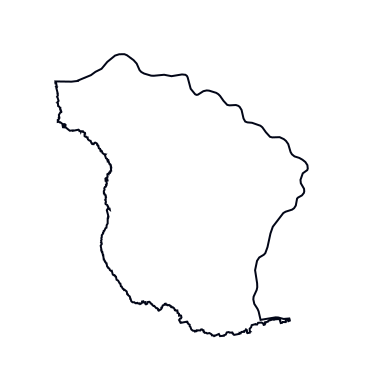 the district of Cabrera, María Trinidad Sánchez, Dominican Republic, rotated 169°
{"feature_id": "3306468B70752003572919", "entity_name": "Cabrera", "entity_type": "district", "adm_level": 2, "iso_a3": "DOM", "parent_name": "Dominican Republic", "parent_adm1": "María Trinidad Sánchez", "projection": "robinson", "projection_center": [-69.932, 19.577], "detail": "fine", "context": "isolated", "style": "outline", "palette": "ink", "viewbox_px": 384, "rotation_deg": 169, "n_neighbors": 0, "source": "geoboundaries", "source_scale": "gbopen_adm2", "svg_char_len": 5939}
<svg xmlns="http://www.w3.org/2000/svg" viewBox="0 0 384 384"><g transform="rotate(169 192 192)"><path d="M289.2,323.3L305.0,326.6L305.0,325.1L305.3,325.1L305.3,324.7L304.6,324.7L304.6,322.0L305.3,321.6L305.0,321.2L305.3,320.8L305.3,320.1L305.0,320.1L305.3,319.7L305.0,314.3L305.3,314.3L305.3,312.3L306.3,311.2L306.0,310.8L305.6,306.9L306.7,306.1L306.7,305.0L307.0,305.0L306.7,304.6L307.0,301.9L306.0,301.1L305.6,299.5L305.3,299.5L305.6,298.4L305.3,298.4L305.0,296.1L305.3,296.1L305.3,295.3L306.0,295.3L308.0,293.0L308.0,290.6L308.3,290.6L308.3,289.9L308.7,289.9L308.7,289.1L309.3,288.3L310.0,288.3L310.4,286.4L309.3,286.4L308.7,285.6L308.0,285.6L306.0,283.3L304.0,282.9L303.3,282.1L303.6,281.0L304.3,280.6L305.0,281.4L306.3,281.7L306.3,280.2L303.6,279.4L300.3,275.5L297.2,275.2L297.2,274.8L291.5,274.8L290.9,274.0L290.9,273.2L289.5,272.8L289.5,272.4L289.2,272.8L287.5,272.4L287.5,271.7L285.8,270.5L285.8,269.4L286.5,269.0L286.8,267.4L286.1,266.6L285.5,266.6L284.8,265.5L284.1,265.5L284.1,263.5L282.8,262.0L281.8,261.6L281.4,259.3L280.8,258.9L280.8,258.1L279.4,257.7L278.4,258.9L277.4,258.9L276.1,257.7L276.1,256.6L275.7,256.6L275.4,255.0L275.1,255.0L275.1,252.7L274.0,251.9L274.0,250.0L273.4,250.0L273.4,249.2L272.7,249.2L272.4,247.3L271.0,245.7L270.4,245.7L270.4,245.0L270.0,245.0L270.4,244.6L270.0,241.5L269.0,240.7L269.0,239.2L268.3,239.2L268.7,238.0L268.0,238.0L267.7,235.3L267.0,234.9L267.0,233.7L266.6,233.7L266.6,231.4L267.0,231.4L267.3,228.3L268.0,228.3L268.3,227.2L269.0,227.2L269.0,226.4L270.0,226.4L270.3,225.6L270.7,226.0L271.7,225.6L272.0,222.9L274.4,221.7L274.7,219.4L274.0,219.0L273.0,220.6L272.7,220.6L272.7,219.4L273.4,219.4L274.0,218.6L274.0,216.3L274.7,215.9L274.7,215.2L275.1,215.2L275.1,214.4L275.7,213.6L276.4,213.6L277.4,212.4L277.4,210.9L278.4,209.7L278.7,207.8L278.4,207.8L278.4,206.6L278.1,206.6L277.7,205.1L277.4,205.1L277.4,203.5L277.7,203.5L278.1,201.2L278.7,200.8L278.4,200.4L278.4,198.5L279.1,197.7L279.1,196.6L277.7,195.4L277.4,193.5L277.1,193.5L277.1,191.9L276.1,191.5L276.1,190.4L277.1,191.5L278.1,191.5L279.1,190.4L278.7,183.8L279.1,183.8L279.4,182.2L279.8,182.2L280.8,177.2L282.1,175.7L282.8,173.3L283.8,173.0L285.5,170.6L286.1,170.6L286.5,169.5L287.1,169.1L287.1,168.3L288.8,166.8L289.2,164.8L289.8,164.1L289.8,162.5L290.5,161.7L290.5,159.4L290.8,159.4L290.5,158.2L291.9,156.7L291.9,152.0L292.2,152.0L291.9,150.1L291.5,150.1L291.5,147.0L291.2,147.0L291.5,142.8L291.2,142.8L290.8,140.4L290.5,140.4L289.8,138.1L289.5,138.1L289.5,135.0L288.8,134.2L288.8,133.5L287.8,132.7L287.5,131.1L286.5,130.0L285.8,130.0L285.5,126.1L284.8,125.3L284.1,125.3L283.5,124.6L283.5,123.8L282.8,123.4L282.8,120.3L281.4,119.1L280.4,116.0L279.8,115.7L279.8,113.0L279.1,112.6L278.4,110.2L277.7,109.9L277.4,108.7L276.7,108.7L275.1,106.8L275.1,104.0L274.4,103.7L274.4,102.9L273.0,101.3L273.0,99.0L272.7,99.0L272.4,96.3L271.4,95.1L269.7,94.8L268.7,93.6L267.0,93.6L267.0,93.2L265.0,92.8L265.0,92.4L264.0,92.4L264.0,92.0L262.6,92.4L261.9,93.2L261.9,94.0L260.6,94.0L260.3,92.8L258.9,92.8L259.2,91.3L258.6,90.5L257.2,90.9L256.6,92.4L254.9,92.4L253.9,91.3L253.9,90.5L252.5,89.3L252.5,88.6L251.5,87.4L250.8,87.4L249.2,84.7L248.5,84.7L247.8,83.9L247.8,83.1L247.5,83.1L247.5,82.4L246.8,82.4L246.8,82.0L244.8,82.8L244.1,83.5L244.1,84.3L243.5,84.3L242.4,86.2L240.4,86.6L240.1,87.4L239.1,87.4L238.8,86.2L238.1,86.2L237.7,85.5L236.1,85.5L235.7,84.7L235.1,84.7L234.4,83.9L234.4,83.1L233.7,83.1L233.4,82.4L232.7,82.4L231.7,81.2L231.4,79.3L230.7,79.3L230.3,78.5L229.0,78.5L229.0,76.6L229.3,76.2L228.0,75.0L228.3,73.1L226.7,73.1L226.3,72.7L226.3,70.8L227.0,70.0L228.0,70.0L228.7,69.2L228.7,68.4L229.0,68.4L228.3,66.1L227.7,66.1L227.7,65.7L221.9,65.7L221.9,65.3L221.3,65.3L220.9,63.4L219.6,62.2L219.9,60.7L219.3,59.9L218.9,57.2L217.6,55.7L216.2,55.3L215.9,54.5L214.6,54.5L214.6,54.9L213.6,54.9L213.6,55.3L210.2,54.5L209.5,55.3L208.5,55.3L207.8,54.1L207.2,54.1L207.2,52.6L206.8,52.6L206.5,51.4L204.8,51.0L204.1,50.2L201.8,50.2L200.1,48.7L199.8,47.5L199.1,47.5L198.4,46.8L197.4,46.8L197.4,46.4L192.7,47.5L192.0,45.2L188.3,44.8L188.3,45.2L186.0,45.6L184.7,47.5L182.6,47.5L182.0,46.8L179.3,46.4L179.3,45.6L178.6,45.2L178.6,44.4L177.9,43.7L172.9,43.7L172.9,44.0L171.9,44.0L171.9,44.4L171.2,44.0L170.2,45.2L167.8,44.8L167.8,45.2L167.2,45.2L167.2,45.6L165.8,46.0L165.2,46.8L164.5,46.0L164.8,43.3L164.5,42.9L162.1,42.9L161.8,44.0L161.5,44.0L161.8,44.4L161.5,46.8L159.8,47.9L158.8,49.9L155.1,50.2L155.1,49.9L153.4,49.5L152.1,51.0L148.7,50.6L147.3,49.5L147.0,47.9L146.0,47.9L145.3,48.7L145.3,49.5L145.0,49.5L145.0,50.2L142.3,50.2L141.6,51.0L137.6,51.4L137.6,51.8L135.6,51.4L135.6,51.0L133.6,51.4L133.6,51.0L130.2,50.6L129.9,50.2L129.9,49.1L130.2,49.1L129.9,46.4L128.5,46.4L127.9,47.1L124.8,46.4L124.5,46.8L124.5,49.1L122.8,49.1L122.1,46.8L120.5,47.1L120.5,49.1L119.8,49.2L126.3,49.9L131.4,52.4L133.9,53.0L149.1,53.4L149.4,62.1L150.0,64.8L152.2,70.3L152.3,74.9L151.5,77.5L147.2,83.5L146.1,86.1L145.5,90.0L145.0,103.2L141.3,112.0L138.5,114.9L133.5,116.7L131.7,118.0L128.4,123.5L122.9,136.3L119.3,142.5L106.4,153.9L103.9,154.8L97.1,155.6L94.9,156.6L92.7,158.9L90.1,165.5L89.0,166.3L84.7,167.7L82.4,169.7L81.7,171.2L81.4,173.8L83.5,179.8L83.2,183.2L79.7,189.2L74.7,191.5L73.9,192.9L73.6,196.3L75.0,199.8L77.4,202.6L80.2,205.0L84.6,207.4L86.7,209.9L87.6,212.4L88.4,220.7L90.0,224.2L91.8,226.4L95.5,229.1L102.8,230.3L104.9,231.3L108.1,236.6L110.6,242.1L112.2,244.0L119.9,248.5L124.4,249.8L126.3,251.0L127.4,254.3L127.7,263.1L129.0,266.5L130.2,267.8L132.3,269.0L138.7,269.9L140.8,270.8L143.7,275.5L146.1,280.9L147.5,283.0L149.3,284.7L155.8,288.2L158.2,288.9L161.6,288.8L167.7,286.4L169.1,286.5L170.3,287.4L173.6,293.6L174.4,305.4L174.9,307.0L176.1,308.3L179.4,309.3L190.0,309.6L197.0,312.4L207.4,313.4L209.9,314.0L216.4,317.4L218.9,319.5L220.2,321.6L221.8,328.6L224.2,332.6L229.8,338.7L232.1,340.2L237.2,341.1L241.5,340.6L250.3,335.9L257.3,330.2L263.8,328.4L268.9,326.0L282.7,323.2L282.7,322.8L289.2,323.3Z" fill="none" stroke="#020617" stroke-width="2"/></g></svg>